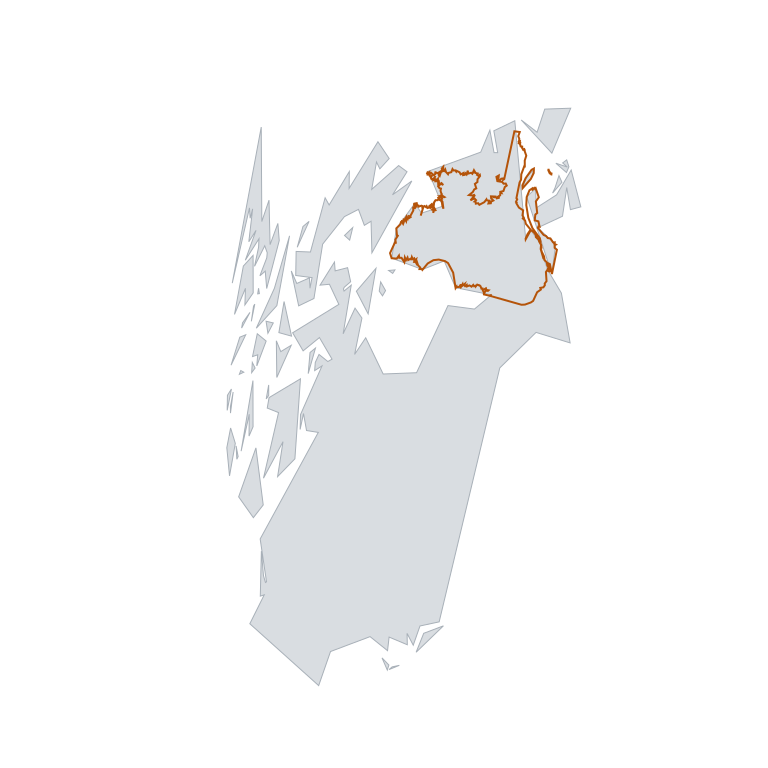 where Québec sits in Canada, rotated 282°
{"feature_id": "CAN-683", "entity_name": "Québec", "entity_type": "Province", "adm_level": 1, "iso_a3": "CAN", "parent_name": "Canada", "parent_adm1": "", "projection": "robinson", "projection_center": [-69.443, 53.796], "detail": "fine", "context": "in_parent", "style": "outline", "palette": "amber", "viewbox_px": 768, "rotation_deg": 282, "n_neighbors": 0, "source": "natural_earth", "source_scale": "10m", "svg_char_len": 9859}
<svg xmlns="http://www.w3.org/2000/svg" viewBox="0 0 768 768"><g transform="rotate(282 384 384)"><path d="M134.0,422.9L111.2,387.3L75.4,382.8L121.6,302.6L152.9,310.7L150.8,307.1L195.0,298.8L171.6,305.9L165.2,309.3L166.1,310.2L206.7,295.1L323.0,329.8L322.4,317.9L338.4,311.4L322.1,311.4L336.7,308.7L388.8,319.6L382.7,313.4L390.8,312.3L399.4,314.3L394.3,324.4L397.5,328.0L416.0,311.2L399.6,298.0L415.1,284.0L452.5,323.3L470.2,309.9L467.4,300.9L493.0,310.2L484.5,312.7L490.2,324.2L477.1,330.1L470.4,325.0L468.5,324.6L466.6,325.6L473.9,331.4L424.6,333.6L452.2,339.9L443.9,348.7L406.8,349.1L425.4,356.5L393.6,381.1L401.8,413.5L474.0,430.3L476.1,456.9L493.5,470.5L493.1,434.0L516.9,417.3L504.0,397.8L508.7,365.4L538.6,363.8L567.1,376.6L558.9,385.2L570.1,404.5L601.3,383.1L630.9,430.4L654.3,434.8L633.2,443.5L633.9,447.1L654.5,438.8L668.7,457.2L555.4,492.4L564.8,495.8L553.3,508.2L546.1,510.5L529.7,520.3L509.8,538.6L462.9,557.5L466.1,522.0L423.8,493.9L162.8,487.4L154.8,469.5L134.6,466.9L144.9,458.4L133.8,461.0L137.5,441.6L123.9,442.9L134.0,422.9ZM462.3,291.7L473.1,291.5L471.8,275.1L495.4,270.5L497.8,284.6L553.9,287.7L547.7,293.1L584.6,305.9L568.1,309.2L619.7,327.7L605.6,342.2L593.6,335.2L599.6,330.5L571.8,331.5L600.7,352.9L596.4,362.4L570.8,353.0L588.4,369.0L509.8,344.9L540.5,337.5L535.1,331.8L549.5,322.7L539.5,310.5L508.0,294.9L453.1,297.7L442.7,284.3L475.3,269.8L464.2,277.8L472.3,289.0L462.3,291.7ZM451.1,214.6L609.8,210.5L517.5,230.7L539.9,233.3L496.6,243.6L519.0,246.8L502.5,251.7L453.0,249.4L469.7,244.4L464.0,240.1L483.0,243.1L488.1,242.5L494.4,238.6L472.2,232.9L491.6,232.9L500.1,231.5L476.2,222.6L507.7,226.9L495.0,222.2L528.0,219.1L518.3,218.6L528.3,215.8L451.1,214.6ZM266.8,285.7L334.1,286.8L336.2,274.8L346.8,274.4L371.7,301.2L292.3,312.4L271.3,299.2L306.6,297.2L266.8,285.7ZM585.2,523.7L568.8,501.9L556.3,522.8L526.5,525.3L596.8,484.7L606.5,491.5L588.1,496.5L604.9,513.5L632.2,522.6L598.2,539.7L593.3,530.1L614.2,521.9L585.2,523.7ZM243.4,265.3L294.9,272.0L240.6,291.0L226.1,284.0L243.4,265.3ZM421.0,223.3L470.1,221.9L482.6,229.2L445.9,237.1L432.4,231.5L448.8,228.6L421.0,223.3ZM412.0,247.5L454.9,256.9L509.3,260.8L438.4,262.9L412.0,247.5ZM288.6,258.2L360.1,255.1L315.0,264.8L305.0,262.8L326.4,258.5L288.6,258.2ZM670.8,463.3L662.1,481.4L686.3,484.1L692.6,509.3L644.7,500.2L670.8,463.3ZM368.1,277.8L403.9,269.7L394.2,276.3L402.6,285.2L368.1,277.8ZM449.3,353.9L469.0,337.7L495.5,352.1L449.3,353.9ZM412.4,270.5L443.9,269.1L411.6,283.6L412.4,270.5ZM309.1,243.1L295.0,250.9L262.0,252.0L289.0,243.5L309.1,243.1ZM406.8,249.6L401.5,259.8L375.2,255.8L386.3,254.4L383.5,249.7L406.8,249.6ZM370.6,230.5L399.8,233.2L403.4,238.5L370.6,230.5ZM128.3,471.2L148.4,474.7L159.8,492.4L128.3,471.2ZM499.7,270.7L521.2,272.0L527.5,276.9L499.7,270.7ZM378.4,307.7L399.4,305.1L404.9,309.5L378.4,307.7ZM420.9,255.6L420.7,263.0L409.5,259.9L420.9,255.6ZM414.4,232.9L426.2,238.0L409.1,233.1L414.4,232.9ZM521.1,314.5L530.5,320.9L517.6,320.5L521.1,314.5ZM329.7,238.5L344.8,238.1L323.6,239.9L329.7,238.5ZM359.1,271.4L348.9,273.6L344.9,271.9L359.1,271.4ZM635.7,506.2L634.3,518.2L637.4,512.8L641.2,516.1L634.9,519.7L628.8,518.5L635.7,506.2ZM340.4,233.2L347.4,235.8L325.6,236.1L340.4,233.2ZM624.9,486.3L615.5,485.1L604.4,478.7L616.7,480.5L624.9,486.3ZM483.2,359.5L475.7,366.1L469.9,364.2L473.9,360.0L483.2,359.5ZM104.9,446.7L115.7,439.0L110.1,447.2L104.9,446.7ZM417.7,241.2L433.0,240.2L435.3,241.0L417.7,241.2ZM377.7,250.7L372.8,254.6L367.6,252.2L377.7,250.7ZM605.8,509.2L611.4,510.5L624.2,511.8L618.3,516.1L605.8,509.2ZM496.0,364.9L497.9,371.0L494.0,369.5L496.0,364.9ZM292.7,252.2L282.7,256.4L279.8,255.7L292.7,252.2ZM451.6,241.4L446.5,243.3L445.9,241.7L451.6,241.4ZM367.4,241.1L366.4,244.4L363.4,240.5L367.4,241.1ZM105.7,448.3L109.0,450.8L112.0,457.5L105.7,448.3Z" fill="#d9dde1" stroke="#a8b0b8" stroke-width="1"/><path d="M492.3,468.9L493.6,470.9L492.3,468.6L492.4,463.1L494.7,462.4L494.5,463.4L496.4,464.0L496.7,466.3L497.4,466.8L497.3,464.6L498.8,463.8L496.3,461.1L497.9,460.5L497.5,459.5L499.8,458.0L500.2,456.7L501.3,456.7L500.2,456.5L500.6,454.5L498.8,453.6L499.4,453.4L498.3,451.9L499.5,450.7L497.4,449.4L498.2,447.1L496.7,444.9L498.2,444.3L496.5,443.0L497.4,441.8L498.5,442.0L496.8,440.6L498.0,440.1L495.8,439.4L497.6,438.6L495.2,438.5L495.9,437.9L494.6,437.4L493.8,435.1L494.4,434.8L492.7,434.1L507.3,428.5L515.6,421.5L516.9,418.1L517.1,411.7L515.4,406.6L511.0,401.7L503.6,397.8L504.3,397.2L503.8,394.9L505.5,395.2L507.1,392.7L510.2,390.9L508.6,390.7L509.9,389.6L509.7,388.1L511.1,388.3L511.9,389.3L512.8,389.4L511.3,387.8L513.1,387.3L512.2,386.2L513.9,384.9L510.8,384.9L512.4,384.3L510.3,381.9L512.6,380.7L509.8,379.8L512.1,378.1L507.4,378.5L511.1,374.9L510.6,372.7L512.7,371.9L509.3,370.4L508.6,365.3L513.3,362.7L525.8,365.5L523.7,366.5L527.6,365.1L532.7,367.0L531.4,366.0L538.8,363.7L543.6,366.8L545.8,366.9L545.9,368.2L544.6,369.4L545.9,369.6L545.9,368.4L548.4,369.0L549.1,369.7L548.4,370.1L550.0,370.7L549.3,371.4L548.3,371.3L547.9,371.7L550.1,371.4L550.2,370.4L552.8,371.3L550.6,372.9L552.7,373.1L551.1,373.6L552.1,373.8L551.7,374.2L552.8,375.3L553.3,374.7L559.8,376.6L562.4,375.9L562.4,377.7L564.0,378.4L565.8,377.7L565.9,376.1L566.6,376.0L567.7,378.4L565.4,379.5L565.7,380.5L564.6,380.9L566.2,383.5L566.0,384.8L564.6,384.8L564.7,385.6L556.3,384.9L565.3,385.7L566.5,386.7L565.8,388.2L566.8,388.7L565.2,389.9L566.0,391.1L565.1,391.7L567.4,391.3L568.7,392.4L566.6,393.0L568.0,393.7L566.9,393.9L567.2,395.5L565.7,396.5L564.4,394.0L564.8,396.1L561.6,396.6L563.9,396.6L564.7,398.2L567.7,395.7L571.9,395.3L574.5,396.2L574.9,398.2L576.0,398.7L574.9,402.5L570.6,404.0L567.8,405.7L574.5,403.3L575.2,402.6L576.1,399.2L577.3,398.4L578.3,400.8L576.5,402.9L578.3,401.5L579.2,399.4L579.8,401.5L579.2,404.0L579.4,404.3L580.4,401.6L584.7,399.1L587.0,399.1L587.1,397.5L588.6,395.9L591.7,398.0L591.0,400.6L592.5,398.4L590.5,396.6L592.7,395.8L591.4,395.3L595.9,394.1L593.2,393.1L593.0,392.1L594.7,392.2L594.2,391.1L595.6,392.0L594.2,390.1L598.2,391.1L595.2,389.9L594.2,387.9L595.7,386.8L597.4,387.5L598.1,387.6L596.3,386.5L598.7,383.7L598.1,383.2L598.8,382.3L601.0,382.8L598.9,383.1L600.6,384.4L598.5,385.0L600.3,386.2L598.7,389.1L600.1,390.5L602.5,390.0L601.5,390.7L601.4,392.8L603.1,394.5L599.9,394.0L599.0,395.2L603.0,395.6L604.1,396.8L606.8,395.7L608.8,396.8L604.8,397.6L604.7,398.6L606.6,399.3L604.3,400.5L602.5,403.0L603.9,403.2L605.2,405.8L608.5,406.3L607.3,407.6L607.8,409.2L606.7,410.5L607.6,410.7L606.8,413.9L605.0,415.4L606.9,417.8L604.8,418.0L605.4,419.5L607.0,419.9L606.1,421.2L610.1,421.6L607.3,422.6L608.7,425.3L608.0,426.7L611.2,427.4L608.9,428.5L610.7,428.6L609.4,429.8L609.4,431.9L607.9,431.5L607.3,433.0L608.6,434.2L607.4,434.7L603.7,432.9L601.0,433.4L598.6,431.3L594.5,433.6L593.1,431.8L590.3,431.0L586.5,427.9L586.8,431.5L587.7,432.8L587.1,433.4L581.7,430.4L584.3,433.9L583.0,435.8L581.3,434.7L581.3,435.7L579.5,436.3L580.4,438.5L579.1,440.0L582.7,444.3L585.9,445.8L585.0,446.3L585.2,448.9L582.3,448.6L583.0,450.9L584.7,450.8L586.2,452.8L587.9,450.2L589.8,449.6L590.4,453.3L589.6,452.9L590.0,455.6L589.1,455.8L589.9,457.6L590.7,457.5L590.5,456.1L592.7,458.4L595.2,458.0L595.2,459.1L596.3,458.1L597.6,460.7L601.8,461.2L603.6,462.8L605.4,461.4L604.8,459.3L606.2,457.7L606.0,452.7L610.0,450.9L611.8,452.9L608.2,453.3L606.7,454.6L609.2,456.0L610.1,458.5L608.7,458.3L609.4,459.0L658.3,459.0L658.7,464.4L654.4,463.8L651.9,465.4L647.6,465.7L647.6,466.9L644.9,468.2L645.0,470.6L644.3,469.4L642.0,471.5L642.0,472.6L636.9,475.7L631.9,475.2L625.1,476.7L626.1,475.9L617.6,474.7L612.3,475.6L609.4,474.7L593.3,474.9L592.4,475.9L589.5,475.2L588.9,475.8L589.8,476.2L588.3,475.9L584.6,479.3L582.8,484.0L577.7,484.4L575.2,486.6L574.8,486.6L575.4,486.1L575.1,485.4L574.8,485.3L573.3,488.0L570.2,489.4L565.5,495.3L560.3,493.2L555.6,492.3L555.0,492.5L565.1,495.6L563.6,498.9L561.2,501.6L559.3,502.0L557.3,505.4L555.7,506.1L552.7,508.7L548.6,509.2L540.0,513.8L539.8,514.8L538.7,515.1L536.7,518.1L534.1,518.9L532.3,520.6L529.2,520.0L532.4,522.0L530.9,522.3L529.4,523.2L528.4,522.3L529.1,519.9L527.2,519.1L518.4,521.6L515.7,520.3L514.0,520.8L511.7,519.8L510.5,516.9L509.0,517.8L505.6,514.7L496.3,512.6L494.3,510.7L491.0,505.4L490.1,502.0L492.3,468.9ZM551.3,525.2L526.5,525.4L535.8,521.3L536.4,518.6L538.7,515.3L542.0,514.1L546.2,510.8L548.7,509.5L549.9,509.8L553.0,508.7L554.2,507.8L555.6,507.6L558.9,506.2L567.3,496.8L576.6,490.6L588.5,486.0L596.5,484.7L603.7,486.0L607.2,489.4L604.1,488.3L607.1,490.6L606.3,491.3L607.0,491.7L598.8,496.6L594.2,494.6L583.1,498.3L581.2,496.8L575.4,497.4L575.2,501.2L570.2,503.5L570.2,502.3L568.7,502.0L563.0,509.1L562.4,511.8L560.8,513.8L561.0,516.5L557.7,519.9L558.0,521.5L556.7,521.3L556.1,523.1L555.3,522.0L552.7,522.6L551.3,525.2ZM615.1,485.0L604.3,478.9L607.1,478.1L614.7,479.7L624.2,483.8L625.9,485.8L621.5,486.6L615.1,485.0ZM536.0,518.6L535.3,521.1L532.3,521.1L534.5,520.1L536.0,518.6ZM569.6,393.4L568.8,394.9L567.8,394.9L568.4,393.9L567.9,393.3L569.6,393.4ZM626.4,501.1L625.9,501.7L625.0,502.2L625.6,502.1L626.4,501.1L627.0,500.9L624.3,503.6L625.6,504.0L624.0,504.1L624.5,502.3L627.2,500.3L628.6,500.2L626.4,501.1ZM556.3,506.0L556.3,506.9L554.4,507.5L556.3,506.0ZM533.2,520.1L534.2,519.0L535.5,518.7L534.3,520.0L533.2,520.1ZM579.9,400.0L580.7,401.0L579.9,401.0L579.9,400.0ZM531.1,522.4L532.7,522.2L530.8,522.8L531.1,522.4ZM648.2,466.9L649.1,466.8L647.7,467.5L648.2,466.9ZM649.2,465.9L648.7,466.3L648.0,466.1L648.6,465.7L649.2,465.9ZM564.0,376.6L563.6,377.3L563.4,377.3L563.4,376.7L564.0,376.6ZM569.9,394.5L570.5,394.7L569.5,394.9L569.9,394.5ZM642.6,472.6L642.3,471.6L642.6,471.6L643.0,472.3L642.6,472.6ZM549.1,368.9L550.0,369.0L549.1,368.9ZM532.7,521.4L533.2,521.7L532.2,521.5L532.7,521.4ZM559.8,502.4L560.6,502.2L559.7,502.7L559.8,502.4ZM552.7,374.0L553.4,373.7L553.4,374.0L552.7,374.0ZM649.3,466.1L649.5,466.4L649.2,466.4L649.3,466.1ZM546.9,367.6L547.4,367.6L547.8,367.8L546.9,367.6Z" fill="none" stroke="#b45309" stroke-width="2"/></g></svg>